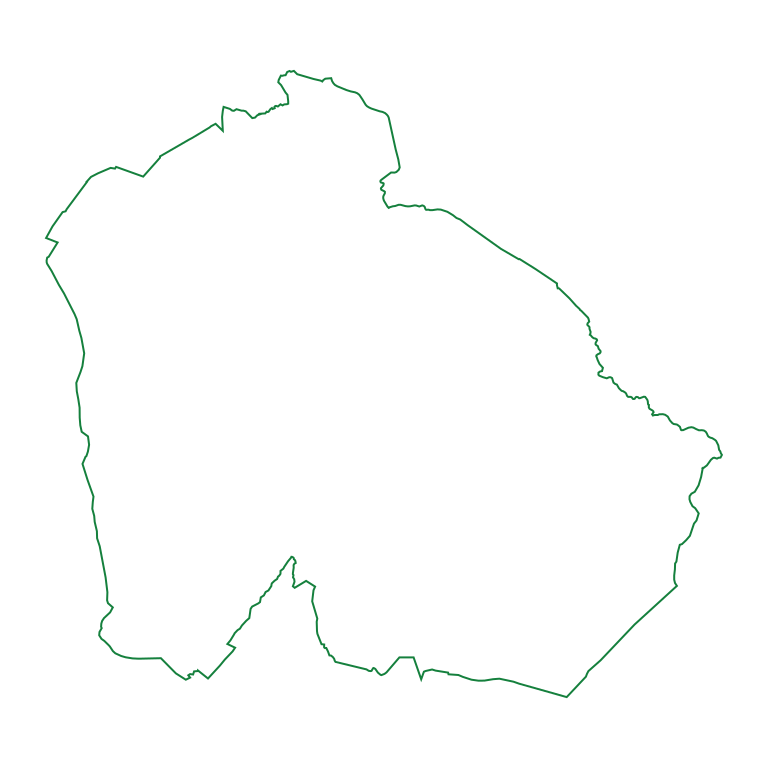 outline of Jacona, Michoacán, Mexico
{"feature_id": "50627088B36086667335144", "entity_name": "Jacona", "entity_type": "district", "adm_level": 2, "iso_a3": "MEX", "parent_name": "Mexico", "parent_adm1": "Michoacán", "projection": "mercator", "projection_center": [-102.302, 19.941], "detail": "fine", "context": "isolated", "style": "outline", "palette": "green", "viewbox_px": 768, "rotation_deg": 0, "n_neighbors": 0, "source": "geoboundaries", "source_scale": "gbopen_adm2", "svg_char_len": 6047}
<svg xmlns="http://www.w3.org/2000/svg" viewBox="0 0 768 768"><path d="M86.6,181.8L86.9,182.0L66.6,209.3L65.6,211.3L62.6,212.1L52.5,226.4L46.1,238.0L57.6,242.5L48.7,256.8L47.2,257.6L46.6,260.4L46.7,262.5L47.2,263.9L51.6,271.0L58.9,284.9L64.0,293.4L74.5,314.0L76.7,319.2L79.3,330.7L81.4,338.0L84.2,353.3L82.4,366.2L80.5,372.0L76.3,382.9L76.8,391.3L78.3,399.2L79.6,407.7L79.7,417.6L80.3,425.3L81.7,431.8L88.0,436.4L89.1,444.8L87.9,451.6L86.4,456.1L85.5,456.8L82.5,463.9L87.5,479.8L93.5,496.6L92.8,501.9L92.3,508.8L94.2,515.9L94.7,521.9L96.9,531.2L97.1,538.3L99.7,546.2L105.6,577.4L107.4,592.2L107.1,600.3L108.0,603.2L112.8,607.4L110.1,612.4L104.0,618.1L102.1,621.0L101.3,623.7L101.1,626.8L101.7,628.1L99.5,632.0L99.2,635.3L101.5,638.9L104.2,640.8L108.5,645.0L109.8,646.4L112.9,651.1L115.3,653.3L121.2,656.0L125.7,657.3L132.5,658.4L138.8,658.7L160.9,658.2L175.9,673.4L185.8,679.7L190.1,677.6L188.3,675.3L190.1,674.1L193.1,674.5L194.1,671.4L198.1,671.0L198.1,670.6L208.0,678.5L219.9,665.6L224.9,659.5L232.6,651.4L235.1,647.7L227.4,644.0L230.4,640.4L234.2,634.2L234.5,633.4L237.6,630.1L239.9,628.7L241.9,625.5L246.2,620.8L249.3,618.1L250.6,608.9L252.1,606.6L258.3,603.4L260.0,602.1L260.8,597.4L263.9,595.4L265.6,592.0L268.4,590.5L271.3,586.1L271.6,584.0L271.9,583.3L274.6,580.7L277.1,579.0L278.0,576.6L279.1,575.8L280.3,574.2L280.5,573.4L280.5,570.9L283.4,568.6L284.1,567.1L288.0,561.3L291.1,557.6L291.4,556.8L291.9,556.8L293.3,557.5L293.7,558.0L293.9,559.3L294.7,559.8L295.4,561.1L295.7,563.0L294.4,563.7L293.6,565.1L293.7,567.7L292.9,573.1L292.9,574.3L293.5,575.1L293.0,577.3L294.2,579.2L294.5,581.8L292.9,586.3L294.7,587.8L306.1,580.9L315.1,586.6L313.5,590.3L312.2,601.3L317.3,618.6L316.7,621.7L317.0,631.1L317.4,633.8L321.5,644.2L324.2,644.5L324.1,647.2L324.5,647.8L325.0,648.1L326.3,648.0L328.0,651.5L329.4,655.4L331.1,655.6L333.0,657.2L334.2,658.9L334.7,660.7L335.5,661.9L366.5,669.4L368.7,670.8L370.3,671.1L371.5,670.9L373.1,668.2L373.7,668.0L375.3,668.9L377.9,672.6L380.5,674.8L381.4,675.1L384.5,673.9L386.5,672.4L399.4,657.4L413.6,657.4L421.2,679.3L423.9,671.7L425.6,671.0L432.1,669.5L435.6,670.6L448.1,672.6L448.5,674.3L458.4,675.0L462.9,676.9L471.5,679.7L478.6,680.7L484.5,680.6L493.1,679.2L499.4,678.7L513.5,681.7L519.2,683.7L566.7,697.1L585.9,676.7L587.0,673.8L588.4,671.1L600.6,660.3L634.5,624.6L676.9,585.9L675.0,583.0L674.2,579.7L674.2,575.4L674.9,569.4L675.1,563.5L676.4,561.6L677.7,552.6L679.8,544.8L682.0,544.1L686.3,540.0L689.9,535.8L694.0,523.6L696.5,520.5L698.7,513.4L695.2,508.2L692.5,506.2L690.3,502.0L689.5,499.3L689.6,496.2L691.4,493.7L694.8,491.8L698.6,485.3L701.1,477.0L702.7,468.4L702.5,468.2L702.9,467.9L703.2,468.2L706.9,465.4L710.9,459.8L713.0,458.0L714.2,457.7L717.0,458.6L718.5,457.8L720.5,457.6L721.9,454.9L720.8,453.1L720.3,451.4L719.1,449.8L718.3,445.3L716.1,440.9L715.0,439.9L712.3,438.2L710.2,437.6L708.6,436.7L707.9,435.9L706.8,433.4L705.7,431.7L703.9,430.5L701.9,430.2L699.0,430.3L696.2,429.1L693.4,427.6L691.4,427.2L688.5,427.7L683.2,430.1L681.5,430.2L681.0,429.9L679.9,426.8L677.8,425.1L676.8,424.5L673.7,424.0L672.3,423.1L669.9,420.4L667.8,416.6L665.2,414.8L662.9,414.2L659.2,414.3L657.8,415.0L654.7,415.0L652.9,415.5L652.1,414.3L653.6,412.2L653.3,411.3L652.5,410.5L649.6,408.8L649.2,408.2L648.8,407.3L648.9,405.0L648.5,404.9L648.0,404.0L647.8,401.4L647.3,399.8L645.2,396.9L643.9,396.7L639.8,398.2L639.1,398.2L637.8,397.1L636.5,396.9L635.8,397.2L634.6,398.8L633.9,399.0L632.9,398.9L631.9,397.5L630.9,396.9L628.2,396.9L627.1,395.9L626.1,393.5L625.3,392.6L623.3,391.3L621.8,390.9L621.0,390.3L618.9,388.2L616.9,384.6L615.1,383.9L613.5,382.6L612.1,378.1L610.7,377.3L609.8,377.2L609.0,377.3L606.8,378.3L603.0,377.2L599.3,375.7L598.4,374.7L598.5,372.6L600.1,371.5L602.0,371.1L602.9,367.8L599.5,364.0L597.6,359.9L596.7,357.1L596.3,356.6L596.4,355.4L597.7,354.3L599.7,353.4L600.4,352.5L600.6,351.8L600.5,351.0L598.6,348.7L597.9,346.2L595.8,344.7L595.5,344.0L595.7,342.7L597.1,340.3L596.8,339.4L595.5,338.6L593.6,338.2L592.2,337.1L590.7,335.3L589.8,334.8L590.4,333.4L590.6,331.9L589.5,328.8L589.5,327.2L589.1,326.6L587.5,325.1L587.3,324.4L587.7,323.2L589.2,321.6L588.5,318.8L588.0,317.7L581.1,310.6L580.2,310.1L579.5,308.9L576.1,305.8L569.5,298.4L559.2,288.5L558.5,288.2L557.7,288.3L556.9,284.9L557.0,283.5L535.6,269.1L519.5,259.0L518.7,259.2L501.0,248.9L467.7,225.2L460.2,219.5L456.5,218.0L453.0,215.2L447.4,211.8L440.8,209.6L437.5,209.4L432.6,210.1L429.8,210.1L428.7,209.7L426.1,209.8L425.4,209.0L424.7,206.9L424.1,206.3L423.7,205.9L422.2,205.4L419.3,206.5L416.2,205.5L414.6,205.4L410.1,206.3L407.9,206.4L405.4,206.1L400.6,204.8L398.6,204.8L395.2,206.0L392.8,206.3L389.6,207.3L388.7,207.3L388.9,207.8L388.7,207.9L387.5,206.6L383.9,200.6L383.3,198.6L383.2,197.0L383.6,195.6L384.8,193.4L384.9,191.8L384.2,191.2L381.4,189.8L380.9,188.8L381.0,188.1L383.3,185.5L383.7,183.8L383.4,183.2L380.8,182.4L380.4,181.6L380.4,181.0L380.7,180.4L381.9,179.4L391.1,172.5L394.6,172.6L396.4,172.0L398.8,169.7L399.7,167.4L398.3,159.4L395.7,149.5L388.7,117.6L388.0,116.1L386.9,114.7L385.1,113.1L382.5,111.9L379.7,111.3L371.5,108.6L369.1,107.5L367.0,106.2L365.6,104.7L362.3,99.2L359.3,94.8L357.2,93.2L355.0,92.3L350.7,91.4L346.3,90.0L337.3,86.3L334.8,84.8L333.3,83.1L332.0,80.9L331.2,78.2L325.3,78.7L323.3,80.1L322.3,81.5L320.6,80.6L313.6,79.0L297.2,74.2L293.9,70.9L290.9,71.8L289.6,71.0L287.2,72.0L285.6,75.2L284.1,75.3L282.3,75.8L280.9,75.6L278.7,80.0L278.3,82.3L281.1,85.1L285.5,92.5L287.5,94.9L288.2,101.3L288.2,103.7L287.0,104.2L284.2,104.4L282.6,105.4L280.5,104.3L277.9,106.5L276.0,105.9L275.2,106.1L274.4,107.0L274.7,108.2L272.6,109.0L271.9,108.0L270.5,109.0L268.5,111.8L267.4,112.0L266.6,111.7L265.3,113.4L259.2,113.8L259.0,114.0L260.0,114.3L257.4,115.2L255.0,117.6L252.3,118.1L245.7,111.3L243.5,110.7L241.7,110.7L236.5,109.2L233.9,110.8L232.2,110.6L229.9,108.9L223.6,106.9L222.8,110.9L222.1,117.0L222.8,130.8L215.6,123.8L210.9,126.3L209.7,127.4L192.1,138.0L188.7,139.8L160.0,156.4L160.0,157.7L143.2,176.6L116.1,166.9L115.0,168.6L110.6,167.9L98.0,173.3L91.0,176.9L86.6,181.8Z" fill="none" stroke="#15803d" stroke-width="2"/></svg>